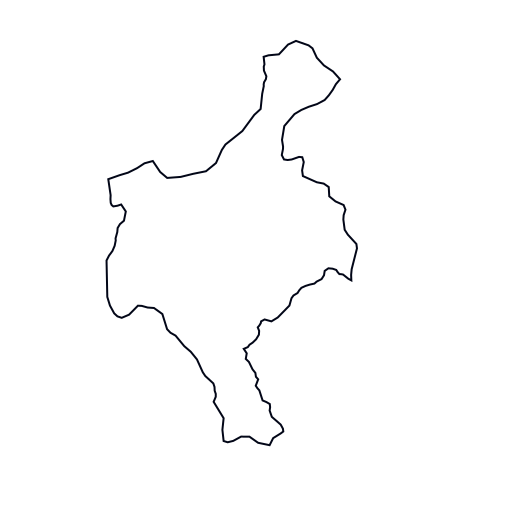 an SVG outline of Ankara, rotated 244°
{"feature_id": "TUR-3008", "entity_name": "Ankara", "entity_type": "Province", "adm_level": 1, "iso_a3": "TUR", "parent_name": "Turkey", "parent_adm1": "", "projection": "albers", "projection_center": [32.475, 39.676], "detail": "fine", "context": "isolated", "style": "outline", "palette": "ink", "viewbox_px": 512, "rotation_deg": 244, "n_neighbors": 0, "source": "natural_earth", "source_scale": "10m", "svg_char_len": 2365}
<svg xmlns="http://www.w3.org/2000/svg" viewBox="0 0 512 512"><g transform="rotate(244 256 256)"><path d="M244.9,146.4L254.0,141.5L257.2,136.0L261.2,131.5L263.1,128.1L258.9,116.2L259.3,108.2L262.5,105.0L266.6,103.4L275.5,103.0L284.4,104.4L317.5,119.7L320.8,124.1L323.4,129.1L327.1,133.4L331.4,136.7L333.4,137.5L338.3,141.8L341.8,143.9L344.3,147.7L345.6,152.8L353.1,158.5L361.4,157.4L361.9,153.6L363.1,149.5L365.1,148.6L367.4,148.7L370.9,150.1L374.4,152.0L389.8,156.9L388.4,169.0L387.0,177.5L387.1,187.6L388.2,196.4L386.6,204.9L373.5,206.7L365.1,210.4L360.1,223.0L357.4,235.6L354.1,248.2L357.1,260.8L366.3,271.8L369.6,277.4L374.3,298.5L383.6,316.3L386.1,324.6L399.1,332.7L405.2,337.4L407.0,338.2L408.7,339.5L410.6,342.4L413.0,344.1L419.1,344.4L422.8,346.0L424.5,347.6L431.7,350.2L430.9,355.2L427.2,365.0L432.0,377.5L431.8,386.2L422.3,395.6L417.9,397.8L407.5,397.6L397.5,400.6L388.1,406.1L378.0,409.0L375.4,403.1L371.7,397.8L368.6,392.1L366.1,386.1L365.8,377.4L367.0,368.9L367.4,360.8L366.7,352.8L360.4,338.4L349.0,330.3L342.5,328.3L340.4,327.2L335.4,323.4L330.5,323.5L328.4,326.5L327.1,330.4L326.2,338.1L324.5,340.9L319.5,340.1L312.8,335.0L307.3,333.2L295.6,343.0L291.4,348.6L286.1,351.6L277.5,348.0L270.2,351.4L263.4,357.1L258.4,356.7L254.3,352.7L250.5,350.5L240.7,347.2L234.9,347.9L222.8,351.5L218.6,350.1L202.2,336.2L197.3,333.2L192.3,331.0L195.1,329.0L201.2,326.1L202.3,324.6L203.2,323.0L205.8,322.3L208.3,322.0L211.0,319.3L213.2,315.7L212.5,311.2L208.9,308.7L206.5,304.8L206.4,299.1L206.1,298.3L205.6,296.4L206.7,291.9L207.4,287.4L207.5,282.9L206.2,279.8L204.5,277.1L204.1,272.4L202.5,269.4L196.8,264.3L191.2,248.6L190.5,241.2L195.2,235.9L195.0,231.9L193.6,230.9L192.0,228.4L191.1,226.3L187.3,226.0L184.0,224.1L181.1,219.6L179.6,215.0L179.1,211.3L177.7,208.7L177.9,204.3L172.6,205.0L168.0,201.7L163.9,203.2L155.6,203.2L151.2,204.2L147.5,203.0L144.2,203.9L139.5,198.9L136.6,199.3L133.8,200.1L123.3,198.6L120.2,201.3L116.9,203.5L113.9,202.4L111.1,200.5L104.5,199.7L93.6,204.3L89.0,204.5L86.3,203.6L85.7,200.5L84.8,191.6L80.0,185.3L87.2,176.0L96.5,170.9L100.2,163.4L99.8,154.5L101.0,148.9L103.9,145.8L114.5,149.6L124.4,155.8L143.5,154.0L147.1,158.1L149.7,159.4L153.0,159.8L156.5,161.3L160.2,161.8L170.4,157.8L174.8,157.2L188.9,157.6L198.5,155.4L206.4,152.0L219.7,148.8L224.5,145.5L229.2,144.0L244.9,146.4Z" fill="none" stroke="#020617" stroke-width="2"/></g></svg>